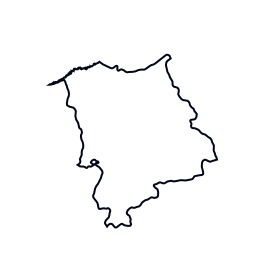 Guayubín, Monte Cristi, Dominican Republic (Albers equal-area conic projection), rotated 322°
{"feature_id": "3306468B33320306044259", "entity_name": "Guayubín", "entity_type": "district", "adm_level": 2, "iso_a3": "DOM", "parent_name": "Dominican Republic", "parent_adm1": "Monte Cristi", "projection": "albers", "projection_center": [-71.302, 19.687], "detail": "fine", "context": "isolated", "style": "outline", "palette": "ink", "viewbox_px": 256, "rotation_deg": 322, "n_neighbors": 0, "source": "geoboundaries", "source_scale": "gbopen_adm2", "svg_char_len": 5477}
<svg xmlns="http://www.w3.org/2000/svg" viewBox="0 0 256 256"><g transform="rotate(322 128 128)"><path d="M69.3,206.3L70.4,206.2L71.1,205.8L71.4,205.3L71.8,204.0L72.2,203.2L74.0,201.5L75.0,198.3L75.0,197.8L74.4,195.9L74.4,195.0L74.6,194.5L75.1,193.8L77.1,192.7L79.5,192.4L81.7,192.7L82.2,193.0L83.2,194.3L84.1,195.0L86.5,195.7L87.8,196.3L88.7,196.6L90.3,196.5L92.9,195.5L95.2,195.4L97.2,195.6L99.7,196.6L103.3,196.9L104.1,197.3L105.1,198.6L105.9,199.4L107.7,200.3L108.5,200.4L109.4,200.2L110.4,199.4L111.9,197.6L112.6,196.5L113.3,194.9L113.4,194.1L112.7,191.7L112.6,189.8L113.0,189.1L113.8,188.8L115.9,189.7L118.4,190.1L119.4,190.3L120.3,191.1L121.3,192.9L122.2,193.7L123.0,194.1L126.3,194.5L129.0,195.9L129.9,196.6L130.7,197.8L131.3,198.3L133.1,199.4L137.5,201.6L140.5,204.3L141.6,205.1L144.3,206.5L147.0,207.8L148.2,207.8L150.0,207.1L151.0,207.1L153.7,208.4L157.6,210.6L158.7,210.6L159.3,210.1L160.2,208.7L162.2,204.2L163.0,203.1L164.4,201.6L165.6,200.5L166.5,200.1L167.5,200.0L168.8,200.2L169.5,200.8L170.0,201.5L170.6,202.9L171.6,204.7L172.2,205.3L174.2,205.9L175.8,206.6L178.7,207.7L179.6,205.5L180.0,203.2L180.9,201.3L181.5,198.8L182.3,197.7L184.4,195.3L185.0,194.4L185.6,190.9L186.4,188.9L186.6,187.7L186.4,186.4L185.6,184.5L184.9,180.9L183.2,178.5L182.8,177.5L182.6,176.5L182.5,173.6L182.3,172.6L180.7,169.6L178.7,167.7L178.5,166.9L178.5,166.3L178.8,165.4L179.2,164.9L180.5,163.9L180.8,163.5L181.2,161.0L181.8,160.4L182.3,160.3L182.8,160.5L185.9,162.1L186.9,162.2L188.8,161.3L190.8,159.3L190.8,155.7L191.5,153.2L190.9,151.1L190.8,149.1L191.1,147.8L191.9,145.9L192.0,144.6L191.8,143.7L191.5,143.0L189.1,140.4L188.3,139.3L187.9,137.6L187.9,134.7L188.1,133.3L188.4,132.4L189.0,131.7L190.5,130.5L191.6,128.9L191.9,127.7L191.6,126.5L190.5,124.8L189.6,123.7L189.5,122.2L190.0,121.0L191.4,119.2L191.8,118.3L192.2,114.0L193.2,111.4L193.6,108.1L196.5,102.0L197.9,100.5L199.3,99.6L201.1,99.4L204.4,99.5L205.2,96.7L204.9,95.7L204.4,94.8L203.7,94.2L202.8,93.9L188.5,93.9L187.0,93.6L185.1,92.8L184.0,92.6L177.8,92.3L176.8,92.0L174.4,90.1L171.7,88.7L168.9,88.0L166.2,86.6L163.5,84.6L161.8,83.7L161.2,83.0L160.7,81.9L160.3,80.0L159.0,77.8L158.3,77.4L156.1,77.1L155.6,76.8L155.4,76.2L155.5,75.7L155.9,74.9L157.2,73.6L157.6,72.8L157.5,72.3L157.1,71.8L156.3,71.6L153.8,71.6L152.8,71.4L152.3,71.2L151.6,70.6L151.1,69.8L147.3,62.1L146.3,58.3L145.6,58.4L144.8,58.3L144.8,58.2L144.3,58.2L142.4,57.7L142.1,57.5L141.9,57.5L141.6,57.7L141.2,57.7L141.2,56.7L140.7,56.5L140.6,56.8L139.6,57.1L137.5,57.2L137.3,56.8L136.1,56.5L136.1,56.4L136.0,56.5L135.1,56.5L135.0,56.1L134.7,56.0L134.7,55.7L134.2,55.3L133.3,55.2L132.8,55.0L132.8,55.4L132.7,55.4L132.6,55.9L131.7,56.0L131.7,55.8L131.4,55.8L131.4,55.7L131.1,55.7L130.8,55.4L130.8,54.9L131.1,54.8L131.2,54.1L130.3,54.1L129.6,53.4L128.8,53.5L128.4,53.0L127.4,53.0L127.2,52.7L127.1,52.0L127.7,52.0L127.7,51.8L127.8,51.7L127.7,51.1L127.3,51.0L126.9,50.4L126.3,50.1L125.5,50.1L125.4,50.4L125.5,50.8L125.3,50.8L125.3,50.7L124.7,50.3L123.9,50.4L123.5,50.0L123.3,49.5L122.8,49.1L122.8,48.8L122.6,48.8L122.6,48.6L121.9,48.6L121.6,49.1L121.0,49.1L121.0,48.9L120.8,49.1L120.8,48.9L119.3,48.8L119.1,48.6L119.1,48.8L118.8,48.9L118.8,49.1L118.5,49.1L118.4,48.8L118.1,48.8L118.0,48.5L117.2,48.3L117.2,48.5L117.0,49.6L116.6,50.0L116.1,50.0L115.9,49.9L115.8,49.2L115.3,48.9L115.3,48.4L114.5,48.4L114.4,48.5L114.5,48.8L114.9,48.8L115.0,49.1L114.5,49.6L113.6,49.5L113.6,49.3L113.3,49.3L113.3,49.2L112.6,49.2L112.1,48.6L111.6,48.6L111.3,49.3L111.1,49.3L111.1,49.5L111.0,49.3L110.3,49.3L110.3,49.5L109.5,49.6L109.2,49.3L109.2,49.0L108.9,48.8L108.1,48.8L107.9,48.9L107.9,49.1L106.4,49.1L106.1,48.6L105.0,48.8L105.0,48.6L104.4,48.5L104.4,48.4L103.9,48.4L103.8,48.5L103.3,48.0L102.8,48.0L102.6,48.2L102.0,48.2L102.0,48.4L101.1,48.4L101.1,48.2L100.3,48.1L100.0,47.8L99.7,47.4L98.9,46.9L97.4,46.9L97.4,46.7L97.2,46.7L96.6,46.6L96.7,46.4L96.3,46.5L96.2,46.3L95.9,46.3L95.9,46.2L95.1,46.2L94.3,45.9L93.7,45.7L93.5,45.4L92.6,45.4L93.9,46.3L96.7,47.6L98.9,48.1L100.8,49.0L104.1,49.4L106.0,50.3L107.2,50.6L107.1,52.3L106.9,53.3L106.2,54.9L105.6,57.4L104.8,59.0L104.2,61.5L102.7,64.6L101.0,66.4L98.9,67.5L97.3,68.8L94.9,71.1L94.1,72.3L94.2,73.2L95.1,75.3L97.4,78.2L97.7,79.5L97.7,80.5L97.5,81.9L97.1,82.8L93.9,86.2L92.4,89.3L91.9,93.2L89.8,97.5L89.7,98.4L90.2,99.9L90.2,100.4L89.4,102.5L88.4,103.7L86.6,104.7L85.6,105.8L84.2,108.5L83.6,111.3L82.0,114.3L80.3,116.1L78.6,116.9L77.6,117.6L76.5,118.7L75.1,120.6L70.9,123.0L70.1,124.7L69.0,125.8L67.8,126.2L65.6,126.1L66.5,128.6L67.9,130.0L69.0,130.8L69.6,131.5L70.0,132.2L70.4,133.5L70.7,133.9L71.4,134.2L72.7,133.9L73.1,133.9L73.7,134.3L74.7,135.4L75.3,135.7L76.6,135.9L78.5,136.0L77.4,133.0L77.6,132.2L78.2,131.8L80.2,131.6L81.2,131.8L82.1,132.3L82.4,132.9L82.6,134.6L83.7,135.9L83.7,136.7L83.3,137.1L82.7,137.2L82.0,136.8L81.2,136.0L79.8,136.0L80.0,138.0L81.0,140.6L81.2,141.6L81.3,144.5L81.0,146.5L80.4,147.6L79.7,148.2L78.0,149.1L75.9,150.7L70.1,153.5L67.6,154.1L64.9,155.4L61.1,158.6L59.4,159.5L58.5,160.3L58.0,161.4L57.9,162.5L57.9,166.8L57.7,168.5L55.6,172.7L55.4,173.6L55.6,174.1L56.0,174.5L59.1,176.1L60.2,177.1L61.1,178.1L63.0,179.0L63.4,180.1L63.4,181.6L62.8,182.6L61.6,183.4L58.9,185.8L58.1,186.4L57.1,186.7L53.9,187.1L51.6,188.3L51.3,188.8L51.1,189.4L50.8,192.8L52.1,192.4L53.4,192.3L54.4,192.4L55.5,192.9L55.9,193.4L56.4,194.2L56.5,197.6L56.6,198.3L57.0,198.8L57.5,199.1L58.1,199.3L62.4,199.3L64.0,199.6L64.6,200.3L65.1,201.9L65.8,203.1L67.6,205.0L69.3,206.3Z" fill="none" stroke="#020617" stroke-width="2"/></g></svg>